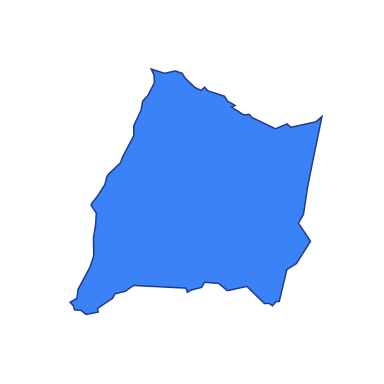 Williamsburg, South Carolina, United States of America, rotated 167°
{"feature_id": "52423323B81362152802157", "entity_name": "Williamsburg", "entity_type": "district", "adm_level": 2, "iso_a3": "USA", "parent_name": "United States of America", "parent_adm1": "South Carolina", "projection": "albers", "projection_center": [-79.682, 33.598], "detail": "fine", "context": "isolated", "style": "filled", "palette": "blue", "viewbox_px": 384, "rotation_deg": 167, "n_neighbors": 0, "source": "geoboundaries", "source_scale": "gbopen_adm2", "svg_char_len": 1043}
<svg xmlns="http://www.w3.org/2000/svg" viewBox="0 0 384 384"><g transform="rotate(167 192 192)"><path d="M131.6,65.8L117.0,95.1L106.4,98.8L87.6,117.3L95.3,137.7L88.4,145.2L78.2,171.0L69.3,190.7L48.4,236.3L55.6,232.5L81.2,232.8L84.0,237.0L96.4,234.8L116.9,251.2L118.5,254.6L124.4,255.6L134.3,265.7L130.5,266.6L136.9,272.5L138.8,278.0L153.8,287.0L156.1,291.2L160.3,289.0L165.7,293.2L173.1,304.6L174.9,309.9L181.0,313.7L192.1,313.8L204.1,321.0L202.7,314.6L204.0,307.0L213.1,296.2L219.7,291.5L223.1,283.4L233.8,269.7L236.0,260.1L252.6,240.7L255.0,236.6L269.2,228.3L271.5,226.1L275.2,218.9L284.6,209.6L292.5,203.2L293.2,201.4L290.0,192.9L293.3,181.7L298.2,169.9L302.0,152.1L308.1,142.0L324.9,122.8L328.1,114.3L335.6,112.0L333.3,108.1L332.9,103.5L327.1,101.9L322.7,96.5L310.4,96.1L310.2,99.8L293.1,106.4L290.1,110.1L279.3,110.3L270.0,114.1L219.5,99.7L219.1,95.4L214.3,96.7L204.0,96.9L200.1,101.2L186.6,97.0L179.8,87.9L159.8,87.7L146.5,67.0L142.0,66.2L139.2,63.0L134.9,66.2L131.6,65.8Z" fill="#3b82f6" stroke="#1e3a8a" stroke-width="1.5"/></g></svg>